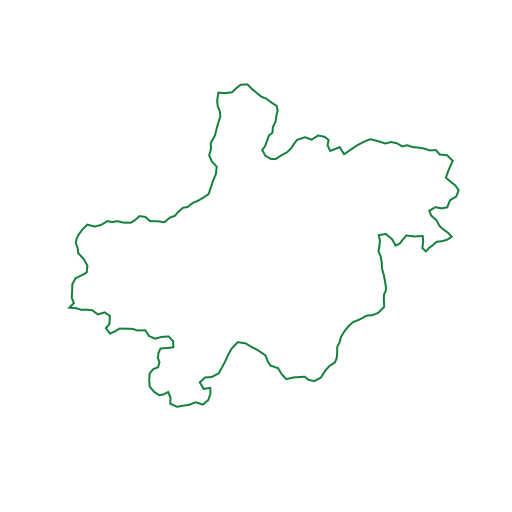 Porto Firme, Minas Gerais, Brazil, rotated 114°
{"feature_id": "56859067B44651829175554", "entity_name": "Porto Firme", "entity_type": "district", "adm_level": 2, "iso_a3": "BRA", "parent_name": "Brazil", "parent_adm1": "Minas Gerais", "projection": "orthographic", "projection_center": [-43.082, -20.666], "detail": "fine", "context": "isolated", "style": "outline", "palette": "green", "viewbox_px": 512, "rotation_deg": 114, "n_neighbors": 0, "source": "geoboundaries", "source_scale": "gbopen_adm2", "svg_char_len": 3107}
<svg xmlns="http://www.w3.org/2000/svg" viewBox="0 0 512 512"><g transform="rotate(114 256 256)"><path d="M158.7,85.1L156.6,90.3L155.6,95.4L153.9,100.7L150.0,105.5L147.8,112.4L144.1,116.1L138.5,112.0L137.0,105.8L133.8,101.1L126.1,101.4L120.3,97.3L113.5,97.6L110.4,102.7L109.2,107.9L107.2,114.4L100.9,114.9L94.7,115.1L89.1,114.9L86.2,122.5L88.6,129.4L86.1,134.7L88.9,140.4L89.4,145.9L91.1,152.5L92.8,156.9L93.3,162.9L96.4,167.0L95.7,173.1L96.9,178.9L100.6,183.6L101.5,191.7L102.7,198.8L106.6,202.9L110.4,206.0L114.8,209.3L121.1,213.2L127.2,216.9L122.5,223.8L126.1,227.3L129.8,231.0L125.7,235.7L120.4,236.9L119.2,241.9L120.7,248.3L127.1,252.5L127.6,259.6L133.2,265.7L137.8,266.9L142.8,267.5L148.4,269.7L153.7,273.8L159.5,277.5L161.3,281.9L160.5,288.3L156.7,293.4L152.0,292.4L147.2,292.7L140.7,293.2L136.6,291.1L131.5,293.0L124.9,292.9L118.9,294.6L114.3,295.4L110.5,298.2L109.5,304.3L108.1,310.8L108.3,315.8L106.6,322.1L104.9,328.1L102.7,333.6L105.8,339.7L110.6,342.2L116.1,344.4L119.5,349.8L122.1,356.8L129.9,354.7L134.7,351.9L138.6,347.8L142.9,345.4L147.4,344.9L154.5,344.0L162.4,342.5L171.2,343.3L176.4,340.7L183.2,339.7L187.6,334.8L190.3,328.3L197.2,326.0L205.1,325.8L210.8,325.2L218.7,324.5L224.0,327.8L228.8,331.2L233.3,335.4L239.0,338.4L241.9,342.5L247.0,344.8L252.5,346.6L255.9,350.3L262.4,353.4L264.3,360.1L267.2,366.9L265.3,373.0L267.0,378.7L272.3,381.0L276.5,383.9L279.4,390.6L280.6,397.0L283.4,400.9L284.6,406.0L290.7,410.2L294.8,415.6L295.9,422.8L302.3,425.4L308.5,426.7L313.1,426.9L317.5,425.9L321.3,422.1L325.7,419.7L328.8,412.2L333.5,406.0L340.0,404.0L345.0,407.8L349.6,411.8L356.6,412.3L362.8,409.7L369.1,407.4L373.0,403.2L379.1,405.5L376.8,399.1L376.2,393.7L374.0,389.0L372.2,383.6L373.7,376.7L369.1,371.4L370.2,365.1L377.9,362.2L383.0,363.8L386.3,357.8L381.8,353.9L377.9,351.3L375.3,345.2L372.8,339.2L372.3,334.3L368.9,326.8L372.6,321.1L372.6,314.5L368.2,309.2L365.0,303.1L367.6,296.9L373.0,294.4L376.2,299.7L379.3,305.6L384.4,305.6L388.9,304.3L392.3,301.0L397.4,300.2L401.1,303.8L406.6,305.4L412.7,303.1L418.5,300.0L421.4,294.3L422.6,288.1L420.2,284.2L415.9,280.9L420.2,276.5L425.9,274.2L425.8,266.7L422.8,262.3L419.2,256.6L414.2,251.7L413.4,244.2L407.1,241.0L400.2,241.6L395.1,244.2L398.7,249.7L394.3,256.0L387.6,253.0L384.6,247.3L378.4,242.3L371.9,241.8L365.6,241.3L358.1,241.3L350.6,240.6L342.2,237.7L340.0,229.9L340.8,224.0L341.2,216.8L342.9,207.0L347.3,202.6L350.2,198.5L349.5,190.2L353.5,184.5L356.2,178.3L351.6,172.2L348.9,167.0L346.5,162.5L347.8,157.6L346.6,152.0L340.8,147.3L332.2,146.0L326.2,144.0L321.4,140.7L316.6,140.7L311.5,142.4L306.2,144.8L300.6,144.5L295.5,145.5L288.5,144.5L282.8,143.0L277.0,140.6L272.1,135.7L265.6,130.8L262.7,125.6L258.3,121.3L250.3,118.2L243.6,121.6L239.2,123.4L234.7,123.3L230.7,125.2L226.2,128.2L221.4,131.5L216.3,135.7L211.2,138.3L206.1,141.6L201.8,146.0L196.2,147.5L191.8,148.9L187.0,152.3L183.0,146.3L185.3,138.6L189.7,132.6L186.1,129.7L181.7,128.7L176.1,126.9L173.7,119.2L169.9,111.9L174.8,109.1L181.0,107.3L182.7,102.7L178.3,101.2L174.2,98.8L169.6,96.9L166.8,92.1L163.4,88.0L158.7,85.1Z" fill="none" stroke="#15803d" stroke-width="2"/></g></svg>